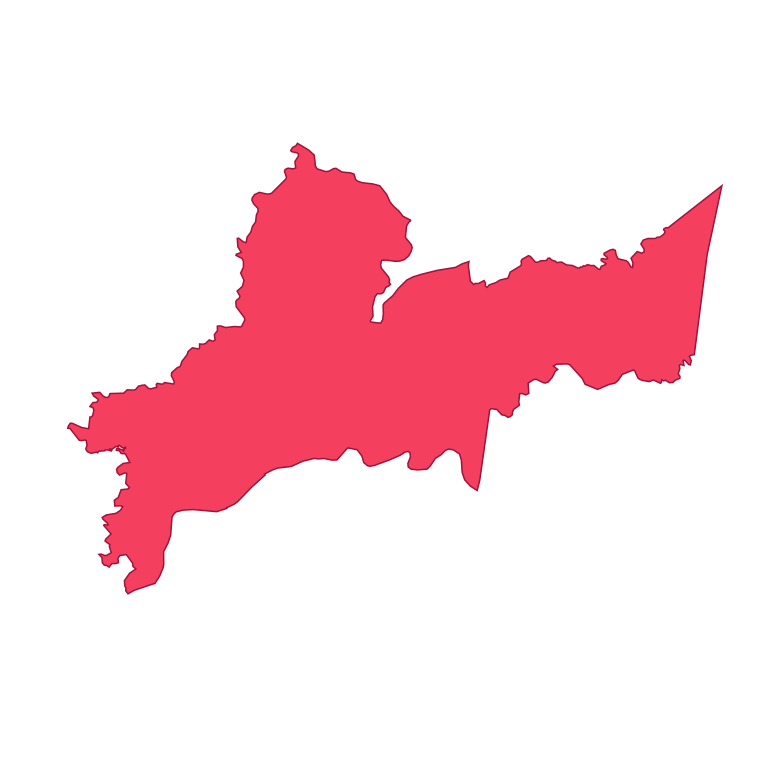 the district of Pinillos, Bolívar, Colombia, rotated 278°
{"feature_id": "7082276B11088178486316", "entity_name": "Pinillos", "entity_type": "district", "adm_level": 2, "iso_a3": "COL", "parent_name": "Colombia", "parent_adm1": "Bolívar", "projection": "natural_earth1", "projection_center": [-74.401, 8.864], "detail": "fine", "context": "isolated", "style": "filled", "palette": "rose", "viewbox_px": 768, "rotation_deg": 278, "n_neighbors": 0, "source": "geoboundaries", "source_scale": "gbopen_adm2", "svg_char_len": 6149}
<svg xmlns="http://www.w3.org/2000/svg" viewBox="0 0 768 768"><g transform="rotate(278 384 384)"><path d="M425.7,669.9L428.4,672.1L430.8,676.2L432.8,676.0L435.0,674.0L440.4,674.8L443.5,673.9L444.6,674.9L444.1,678.5L448.9,676.9L449.4,677.5L449.0,679.2L445.8,682.8L445.5,684.6L449.9,685.1L453.9,682.5L455.2,683.9L456.2,687.2L557.4,686.0L627.4,691.0L578.2,643.5L578.1,641.6L576.7,639.6L575.5,639.4L574.8,640.7L573.4,641.1L571.2,640.1L567.9,636.7L567.4,634.1L565.9,632.6L564.8,625.0L562.6,620.7L558.4,618.9L553.6,622.8L551.1,623.2L549.4,620.9L550.4,616.3L543.0,611.1L538.6,613.7L534.0,613.9L534.1,612.3L538.5,608.9L539.8,606.7L540.6,598.3L544.0,596.0L548.5,594.5L549.3,592.1L548.1,589.2L544.1,583.7L542.5,584.0L540.5,587.3L539.3,587.9L538.6,587.0L538.6,582.7L538.0,581.7L536.4,581.9L534.0,587.1L532.9,586.5L531.0,582.9L527.5,581.8L527.5,580.5L530.6,575.4L530.1,572.7L530.5,568.8L528.7,566.7L528.8,565.0L527.3,563.6L527.1,562.1L525.9,561.1L525.9,559.6L527.6,554.0L527.3,548.1L529.5,542.9L528.3,538.2L529.4,536.8L530.1,532.9L531.8,530.5L531.3,528.8L528.9,527.6L527.8,522.0L525.9,519.2L525.8,516.9L530.6,511.4L531.2,509.2L526.6,503.3L524.7,502.6L522.2,503.4L520.2,503.0L512.4,493.4L506.0,492.0L503.2,484.6L499.9,480.5L496.8,474.4L494.1,472.7L495.0,470.8L498.2,470.4L500.4,468.7L496.7,463.5L496.2,460.1L494.9,459.1L497.9,455.2L513.1,451.0L517.1,451.1L513.9,444.7L509.4,438.5L504.0,421.0L497.7,405.4L494.0,397.7L490.2,392.2L480.8,385.0L472.7,380.4L464.2,373.0L462.1,372.1L453.3,373.6L447.6,373.7L444.0,372.3L443.6,369.3L443.6,362.1L445.0,361.7L449.5,363.7L458.8,361.9L468.8,362.9L472.4,364.6L472.9,368.6L474.5,370.7L479.8,372.3L482.1,375.6L483.7,376.6L485.3,374.9L487.9,375.1L490.7,373.5L498.3,365.3L501.4,364.1L505.2,364.3L506.2,364.7L507.0,368.8L507.1,378.7L508.0,382.7L510.0,386.8L514.4,390.7L519.0,392.4L523.0,392.9L525.8,391.6L531.8,385.1L533.5,384.7L543.8,384.4L547.8,386.1L549.3,387.6L550.0,387.4L552.8,379.3L557.3,374.8L561.2,368.9L565.0,364.7L572.2,360.2L579.7,352.2L580.6,344.9L580.3,334.3L581.3,329.4L582.6,327.4L587.7,325.1L588.4,321.3L588.1,312.7L590.9,306.4L590.3,304.1L587.2,300.0L586.2,296.7L587.8,287.7L590.3,285.8L600.9,283.1L605.1,277.0L610.3,264.8L607.8,263.7L605.4,260.5L602.1,259.1L601.2,260.5L600.7,266.0L599.7,267.3L597.7,267.5L591.9,264.8L585.7,266.5L584.4,264.2L584.4,258.9L582.7,256.3L580.7,255.8L575.4,258.6L573.5,258.4L557.1,246.0L555.8,242.3L556.4,233.8L553.5,229.4L549.8,227.6L547.6,227.6L544.1,230.0L540.5,234.5L538.0,235.3L533.4,234.1L526.6,234.3L521.8,231.8L515.7,230.9L510.4,228.0L504.9,227.8L505.2,224.9L508.2,219.7L507.7,218.4L499.5,220.2L494.4,224.3L492.0,219.7L490.8,219.5L488.5,226.1L485.9,227.7L480.0,228.5L473.9,226.6L467.2,230.9L461.0,230.2L455.5,225.6L451.1,229.1L449.0,228.8L446.4,226.3L444.8,225.8L439.9,226.9L430.1,236.6L428.0,237.2L421.3,235.0L420.5,233.7L420.2,228.3L417.9,219.3L418.8,214.0L418.1,210.9L413.6,211.6L409.3,209.1L404.0,210.6L402.4,208.7L403.4,204.9L399.2,201.5L398.2,199.2L398.0,195.8L393.8,196.3L392.9,195.4L393.2,189.2L388.8,185.4L385.8,185.0L378.2,180.7L373.1,179.8L371.3,176.9L365.6,172.1L362.5,172.3L357.0,176.1L354.7,175.7L354.9,166.3L353.6,165.7L352.9,163.9L353.1,159.3L351.9,158.5L349.1,159.4L346.7,153.5L346.9,151.4L349.8,147.3L349.0,144.4L347.7,141.1L344.1,138.9L343.2,137.4L342.5,130.5L338.7,127.5L336.4,114.0L332.9,113.1L332.2,111.8L332.0,110.3L333.0,107.4L336.2,103.7L334.3,96.2L331.6,98.3L329.1,103.0L328.3,103.3L325.9,102.0L325.1,98.3L320.7,95.9L320.2,98.9L317.9,100.3L312.3,99.9L310.6,98.7L310.4,97.4L298.6,97.7L298.8,90.9L301.7,80.8L301.5,78.8L298.2,77.2L296.1,77.0L296.3,79.2L285.9,90.0L285.8,92.2L286.9,95.6L286.6,97.0L282.0,98.4L278.0,97.8L275.7,99.6L274.6,103.6L276.5,108.9L276.0,110.1L277.7,110.7L279.0,116.8L279.8,117.0L280.3,119.5L279.7,123.3L280.1,123.5L280.5,121.3L281.5,121.5L281.5,123.8L284.7,127.0L284.8,129.6L285.8,129.2L286.4,130.2L284.4,134.0L284.5,136.4L285.1,136.2L285.5,136.7L283.8,137.2L284.4,136.8L283.9,135.4L282.3,135.9L281.3,135.3L282.3,134.6L283.2,129.9L282.9,128.4L281.3,128.0L280.9,129.3L281.5,130.9L278.9,133.0L278.5,135.2L279.1,136.5L278.3,138.0L270.9,143.2L269.0,136.7L264.3,131.9L262.2,131.1L259.0,132.2L257.0,134.9L260.0,139.9L259.7,141.7L249.6,142.1L246.1,146.3L244.5,145.2L242.7,138.4L234.6,136.6L231.4,133.1L225.7,134.4L226.7,139.8L226.2,142.3L222.3,140.6L218.6,136.5L215.7,127.2L212.6,123.5L211.0,124.5L207.4,129.8L206.3,130.3L205.6,130.1L206.0,127.8L205.8,126.5L205.0,126.1L197.5,134.6L191.6,130.0L189.7,129.6L186.7,135.0L184.9,134.6L179.0,137.4L175.7,133.1L175.3,131.3L176.2,127.5L175.6,125.4L172.7,128.9L167.7,130.0L165.7,132.2L165.6,135.1L164.4,137.3L168.2,139.5L168.8,143.2L170.1,146.0L174.3,144.7L177.4,146.4L179.2,152.4L178.6,153.2L171.5,160.0L168.4,160.8L166.3,164.0L161.3,158.5L153.2,154.3L147.8,155.5L145.8,156.9L143.3,157.0L140.6,159.7L144.9,165.3L154.8,185.0L162.6,188.6L171.2,190.8L174.5,191.0L187.4,189.1L196.2,192.2L204.5,193.8L222.4,192.6L225.7,193.8L228.5,196.0L231.2,202.8L233.1,212.5L234.3,236.1L238.9,245.6L239.5,245.3L244.1,252.3L246.8,255.2L263.8,267.6L277.3,278.9L278.1,278.1L283.5,285.7L286.0,290.5L289.4,303.6L296.3,314.4L300.6,325.2L300.7,329.4L301.9,335.2L301.4,343.0L302.2,347.9L315.7,356.9L315.2,366.5L309.5,372.2L303.4,374.9L300.8,379.0L300.6,381.6L302.1,386.0L309.8,400.4L315.7,410.0L319.6,414.4L320.6,417.3L319.5,419.3L315.4,420.3L308.6,418.7L305.2,419.5L303.4,422.7L303.6,429.2L305.7,438.5L309.6,441.4L317.5,445.2L322.1,450.6L326.5,453.8L328.6,456.9L328.4,462.1L325.1,468.6L319.4,471.2L307.3,473.7L300.4,477.2L294.9,483.7L291.5,491.1L301.6,492.2L373.1,492.3L374.5,493.7L374.5,499.2L369.8,505.0L369.8,507.9L368.3,511.3L369.2,513.5L371.4,515.4L373.8,515.1L376.8,515.9L381.8,521.0L385.0,520.0L393.3,519.7L393.8,522.2L392.9,525.8L394.8,528.7L405.0,526.6L409.2,531.7L409.9,533.9L407.4,541.9L407.4,543.7L408.9,546.4L414.0,549.7L420.5,551.9L422.6,554.0L425.3,549.3L427.6,552.1L429.4,562.5L428.8,565.5L417.1,579.5L411.7,583.2L408.4,596.3L415.0,607.1L416.9,612.4L419.9,615.2L426.7,618.7L432.5,628.9L432.2,630.3L425.3,634.6L424.2,636.4L423.5,640.0L423.3,646.5L425.5,650.2L423.2,657.4L423.9,658.4L426.8,658.4L426.0,660.5L426.9,662.1L425.0,666.5L425.7,669.9Z" fill="#f43f5e" stroke="#9f1239" stroke-width="1.5"/></g></svg>